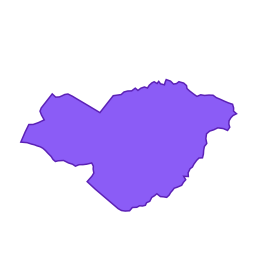 the district of Meleiro, Santa Catarina, Brazil, rotated 301°
{"feature_id": "56859067B77617457657504", "entity_name": "Meleiro", "entity_type": "district", "adm_level": 2, "iso_a3": "BRA", "parent_name": "Brazil", "parent_adm1": "Santa Catarina", "projection": "robinson", "projection_center": [-49.595, -28.833], "detail": "fine", "context": "isolated", "style": "filled", "palette": "violet", "viewbox_px": 256, "rotation_deg": 301, "n_neighbors": 0, "source": "geoboundaries", "source_scale": "gbopen_adm2", "svg_char_len": 1759}
<svg xmlns="http://www.w3.org/2000/svg" viewBox="0 0 256 256"><g transform="rotate(301 128 128)"><path d="M199.5,187.9L199.9,184.1L197.9,180.4L195.3,176.8L193.9,173.2L190.6,170.8L190.9,166.8L191.5,161.7L192.2,158.2L194.5,156.3L195.2,152.6L193.9,147.8L191.1,146.7L189.1,144.4L190.1,140.3L189.2,135.8L186.6,136.2L183.8,137.0L182.6,133.1L183.8,130.3L181.1,130.0L181.1,126.6L178.9,125.2L175.6,124.2L172.3,124.1L171.6,120.9L168.7,118.5L165.3,117.2L165.9,113.7L161.7,112.0L159.5,108.6L156.8,106.0L153.1,104.9L151.0,102.3L148.1,98.7L126.7,96.0L126.7,82.5L126.6,67.9L126.6,64.0L126.2,59.0L124.1,56.5L121.5,54.8L119.3,53.2L117.2,50.1L118.2,45.5L100.5,43.3L97.1,43.9L94.6,47.1L91.8,52.0L89.4,50.4L86.3,48.3L82.2,44.9L79.9,41.2L71.7,41.9L60.7,43.4L63.5,49.1L64.5,53.5L65.4,56.4L65.9,59.3L66.7,62.5L66.8,65.5L66.2,68.7L65.1,72.5L64.0,76.8L62.4,80.0L61.9,83.0L63.9,85.0L67.0,89.5L67.4,95.0L68.4,99.2L68.2,102.6L71.3,104.9L73.5,108.4L75.7,111.2L79.3,114.9L77.5,117.9L74.8,119.3L71.8,121.9L68.1,121.9L64.3,121.2L61.0,120.6L58.7,131.5L53.8,161.1L53.9,164.9L55.4,168.4L57.9,172.0L62.1,172.7L64.6,176.4L67.3,178.0L68.6,180.6L70.7,182.7L73.5,182.4L76.4,184.4L80.7,184.1L83.6,185.6L86.5,186.6L85.9,191.1L87.3,193.9L88.5,196.9L91.6,197.8L94.8,197.8L97.6,198.3L100.2,198.6L102.5,200.6L106.5,203.5L110.1,203.5L113.4,204.1L115.3,200.6L117.5,204.7L120.6,202.6L125.1,202.2L127.7,203.3L131.1,203.1L135.6,203.5L138.8,204.3L140.8,207.2L144.4,206.1L147.9,204.3L151.5,203.0L155.3,203.5L159.0,200.2L163.5,198.3L167.4,199.6L170.6,202.4L174.4,204.9L176.6,210.0L177.2,214.6L181.1,214.8L183.3,212.4L186.3,210.9L189.9,210.9L192.8,211.6L196.1,213.7L196.8,209.8L199.6,208.2L202.2,205.4L201.2,200.9L200.6,196.5L200.2,192.9L199.5,187.9Z" fill="#8b5cf6" stroke="#5b21b6" stroke-width="1.5"/></g></svg>